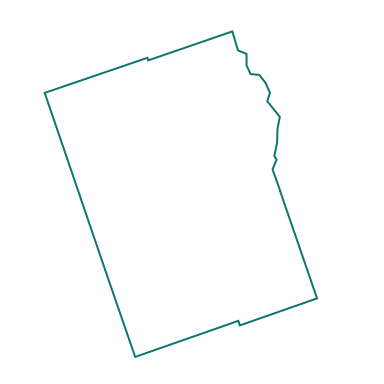 Wheatland, Montana, United States of America, rotated 71°
{"feature_id": "52423323B53339114724210", "entity_name": "Wheatland", "entity_type": "district", "adm_level": 2, "iso_a3": "USA", "parent_name": "United States of America", "parent_adm1": "Montana", "projection": "natural_earth1", "projection_center": [-109.939, 46.486], "detail": "fine", "context": "isolated", "style": "outline", "palette": "teal", "viewbox_px": 384, "rotation_deg": 71, "n_neighbors": 0, "source": "geoboundaries", "source_scale": "gbopen_adm2", "svg_char_len": 458}
<svg xmlns="http://www.w3.org/2000/svg" viewBox="0 0 384 384"><g transform="rotate(71 192 192)"><path d="M53.3,101.6L53.3,190.5L50.6,190.5L50.3,299.0L249.7,299.5L329.4,299.4L328.9,190.1L333.7,190.2L333.3,108.4L220.4,108.4L220.4,108.2L196.9,108.5L188.9,101.5L184.9,102.5L172.9,95.4L160.1,90.6L149.6,84.5L130.7,91.3L123.6,86.0L112.6,87.0L103.2,90.2L99.6,98.2L90.1,99.2L79.2,95.5L73.1,102.4L53.3,101.6Z" fill="none" stroke="#0f766e" stroke-width="2"/></g></svg>